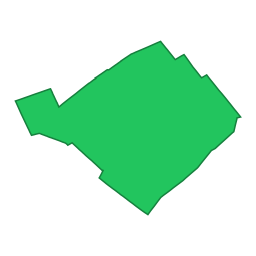 Biled, Timis, Romania
{"feature_id": "2599482B65563372669313", "entity_name": "Biled", "entity_type": "district", "adm_level": 2, "iso_a3": "ROU", "parent_name": "Romania", "parent_adm1": "Timis", "projection": "robinson", "projection_center": [20.95, 45.877], "detail": "fine", "context": "isolated", "style": "filled", "palette": "green", "viewbox_px": 256, "rotation_deg": 0, "n_neighbors": 0, "source": "geoboundaries", "source_scale": "gbopen_adm2", "svg_char_len": 2796}
<svg xmlns="http://www.w3.org/2000/svg" viewBox="0 0 256 256"><path d="M147.9,214.6L150.6,210.8L153.9,206.6L155.7,204.2L157.6,201.6L160.8,197.4L163.3,195.4L168.5,191.6L170.7,189.9L173.7,187.5L180.0,182.8L182.9,180.6L185.7,178.0L188.5,175.6L190.9,173.5L196.3,168.9L196.9,168.4L197.8,167.5L199.5,165.4L200.3,164.3L203.9,159.8L207.7,155.1L211.4,150.5L215.0,148.6L215.3,148.4L218.2,145.7L223.2,141.2L227.6,137.2L232.2,133.0L232.9,132.4L233.3,132.1L233.8,131.7L234.5,128.8L235.5,124.4L236.7,119.7L237.0,117.9L240.6,117.0L237.1,112.6L234.0,108.8L233.5,108.2L230.4,104.2L228.8,102.3L226.6,99.5L225.4,98.0L223.1,95.2L221.7,93.5L218.7,90.1L216.9,87.8L213.7,83.8L210.2,79.5L207.2,75.6L206.7,74.9L205.1,75.8L202.8,77.1L201.6,77.8L199.8,75.7L196.4,71.3L192.8,66.9L192.4,66.3L188.6,60.9L185.9,57.1L185.1,56.0L184.0,54.6L181.5,55.9L176.8,58.7L175.2,59.6L171.6,55.1L168.4,51.1L167.4,49.8L165.7,47.8L163.7,45.3L161.8,43.0L160.6,41.4L156.8,43.0L149.4,46.3L147.8,47.0L141.5,49.7L137.7,51.3L135.5,52.2L134.5,52.7L132.5,53.6L132.2,53.7L131.5,54.0L131.3,54.0L129.6,55.2L125.2,58.1L121.2,60.8L121.3,60.9L119.5,62.2L116.1,64.6L112.3,67.3L109.3,69.5L108.7,69.9L108.1,69.8L107.6,69.7L107.2,69.8L106.8,70.0L105.1,71.2L101.8,73.5L98.7,75.6L96.7,77.0L95.3,77.8L95.9,78.4L94.6,79.4L94.4,79.3L94.0,79.6L93.2,80.2L89.0,83.4L88.8,83.3L85.5,85.9L81.3,89.2L78.5,91.4L76.1,93.4L73.5,95.4L69.7,98.3L67.4,100.1L63.6,103.1L62.0,104.4L60.4,105.8L58.9,107.0L57.8,104.5L57.0,102.6L56.6,102.0L55.1,98.8L54.0,96.4L52.6,93.5L52.3,92.5L51.9,91.7L50.5,88.8L50.4,88.8L46.3,90.2L42.3,91.6L39.2,92.7L36.5,93.6L32.5,95.0L28.4,96.5L25.5,97.5L21.9,98.8L19.3,99.7L15.4,101.0L16.2,102.6L18.3,107.3L21.1,113.6L24.0,119.7L27.8,127.7L28.8,129.7L29.3,130.8L30.0,132.4L30.8,133.8L31.0,134.4L31.5,135.3L33.1,134.9L33.7,134.8L36.1,134.1L37.5,133.8L39.2,133.4L39.4,133.4L40.9,133.9L41.5,134.2L44.0,135.1L45.8,135.8L46.8,136.1L48.1,136.7L49.1,137.1L49.6,137.3L51.3,137.8L52.8,138.4L54.3,138.9L56.5,139.7L57.9,140.2L59.8,140.9L62.7,142.1L63.4,142.3L63.9,142.5L64.5,142.7L65.2,143.0L65.5,143.1L65.9,143.4L66.2,143.6L66.4,143.8L66.7,144.1L67.2,144.4L67.4,144.7L67.8,145.2L72.1,142.8L75.0,145.5L77.8,148.1L79.1,149.4L81.3,151.3L82.6,152.5L83.4,153.3L83.7,153.5L86.0,155.7L87.4,156.9L89.2,158.5L91.1,160.1L91.8,160.7L93.7,162.5L95.9,164.5L97.9,166.4L101.2,169.5L102.6,170.9L102.9,170.3L103.1,170.4L101.2,174.3L100.6,175.4L99.5,177.5L99.2,177.9L100.9,179.3L102.1,180.3L104.6,182.3L105.9,183.4L106.8,184.1L108.6,185.5L110.0,186.5L112.6,188.5L114.7,190.0L116.7,191.5L117.7,192.3L118.8,193.1L120.6,194.6L121.2,195.0L123.1,196.3L124.9,197.7L126.4,198.8L128.0,200.1L128.7,200.6L129.3,201.1L130.8,202.2L132.6,203.5L134.9,205.3L136.7,206.7L137.7,207.4L140.5,209.5L141.9,210.5L144.7,212.5L146.1,213.4L147.9,214.6Z" fill="#22c55e" stroke="#15803d" stroke-width="1.5"/></svg>